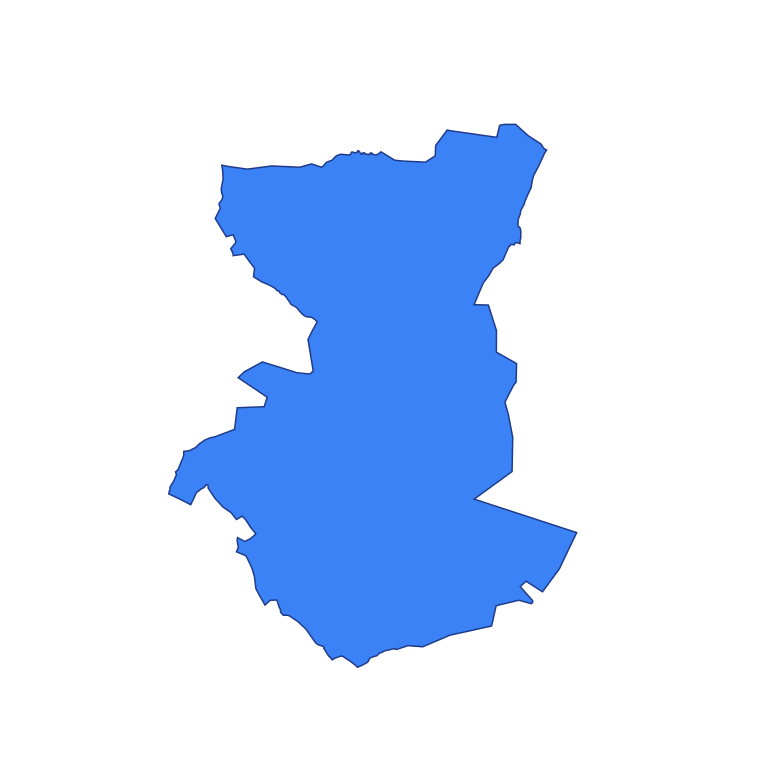 Fika, Yobe, Nigeria (Albers equal-area conic projection), rotated 247°
{"feature_id": "59680162B28106531466158", "entity_name": "Fika", "entity_type": "district", "adm_level": 2, "iso_a3": "NGA", "parent_name": "Nigeria", "parent_adm1": "Yobe", "projection": "albers", "projection_center": [11.32, 11.337], "detail": "fine", "context": "isolated", "style": "filled", "palette": "blue", "viewbox_px": 768, "rotation_deg": 247, "n_neighbors": 0, "source": "geoboundaries", "source_scale": "gbopen_adm2", "svg_char_len": 4239}
<svg xmlns="http://www.w3.org/2000/svg" viewBox="0 0 768 768"><g transform="rotate(247 384 384)"><path d="M366.9,142.9L357.9,151.0L348.4,158.9L353.3,164.5L356.7,168.2L357.8,170.1L357.8,171.3L358.9,174.8L358.9,177.0L359.4,177.9L359.4,178.9L360.3,179.8L360.6,180.9L359.9,182.5L356.7,181.5L349.8,182.8L344.8,183.7L340.4,185.3L338.6,186.0L336.2,186.8L334.2,187.4L332.2,188.6L325.2,193.0L316.9,195.3L317.8,201.8L313.3,203.6L304.5,205.1L296.3,207.5L295.1,204.7L293.8,200.2L293.5,194.3L299.8,189.2L297.7,187.8L293.7,186.7L290.7,186.2L289.7,185.2L287.2,182.6L279.7,189.9L265.9,190.5L257.5,189.5L245.5,186.1L239.5,186.6L227.0,188.1L229.4,194.8L227.0,201.0L222.7,200.6L220.1,200.4L218.6,200.3L218.0,200.6L217.4,200.6L214.4,199.7L213.6,199.8L213.1,200.0L212.0,200.6L210.6,200.8L208.6,205.2L206.6,207.0L198.8,212.0L189.0,216.3L172.2,220.0L169.5,221.7L165.9,225.9L164.1,225.3L157.2,226.4L155.0,226.9L153.3,227.7L150.3,228.5L150.8,231.7L150.5,237.2L149.8,239.4L146.6,241.5L144.5,242.9L141.5,245.0L139.7,245.8L136.6,247.7L133.7,248.9L133.5,250.6L133.7,253.2L133.7,254.2L134.0,257.7L134.4,260.4L137.4,264.3L136.7,271.3L138.1,275.0L137.7,277.5L138.1,280.2L137.4,284.3L137.2,285.3L136.5,289.6L135.8,290.4L134.8,291.7L134.3,297.5L134.0,301.5L133.8,303.8L130.6,309.9L129.4,312.4L128.1,314.8L127.0,316.9L127.0,341.0L127.0,346.7L119.2,388.5L136.1,400.6L135.1,406.8L132.3,423.6L124.2,433.8L124.8,435.4L125.6,435.9L126.8,436.1L144.3,430.2L146.9,437.7L130.8,448.7L145.2,473.0L160.6,490.4L171.9,503.3L242.8,422.0L253.4,467.7L284.5,481.6L307.6,486.6L320.0,488.2L332.1,502.6L334.1,506.3L351.0,514.0L369.4,499.9L389.3,508.4L414.6,510.8L415.9,510.9L421.8,497.9L438.2,514.8L442.9,523.1L448.0,529.6L449.7,536.6L451.8,542.2L455.5,546.0L458.2,548.9L461.6,552.4L461.8,554.0L462.5,554.8L462.9,555.3L462.7,555.8L461.2,558.3L462.3,559.1L462.4,559.7L462.6,560.1L462.4,560.8L462.4,561.6L462.0,561.8L461.5,562.3L461.1,563.0L460.3,563.7L460.1,564.1L462.9,565.3L465.2,567.1L468.9,568.6L471.6,569.8L474.6,570.2L474.9,570.3L477.2,569.0L481.5,571.1L483.2,572.0L486.7,575.4L490.4,577.8L494.2,582.7L496.8,584.9L501.8,590.0L507.2,596.1L513.5,600.1L517.4,603.1L520.1,606.5L523.6,610.8L533.7,622.0L535.8,625.1L538.5,623.1L543.3,622.4L550.5,617.6L556.5,613.6L571.6,606.6L576.1,595.7L576.9,591.5L567.0,584.2L591.4,543.7L593.1,541.5L583.4,524.8L574.0,520.3L572.0,508.9L581.7,488.8L585.7,481.5L585.8,481.3L597.6,472.9L597.8,472.7L598.9,471.9L598.2,469.6L597.8,466.5L598.1,465.6L599.8,463.8L600.5,462.7L600.7,462.1L600.9,462.0L601.2,462.2L601.2,462.8L601.2,463.0L601.4,463.0L601.6,462.9L601.6,462.5L601.8,462.0L601.7,460.8L601.5,460.2L601.1,460.0L600.9,459.7L601.0,459.2L601.5,458.6L602.2,458.1L602.4,457.8L602.5,457.4L602.8,457.2L603.2,457.1L603.4,457.0L603.4,456.7L603.5,456.5L603.9,456.5L604.1,456.4L604.3,456.0L604.6,455.9L604.7,455.6L604.6,455.4L604.2,455.5L604.1,455.4L604.3,455.0L604.9,454.8L605.0,454.5L604.8,454.2L605.0,453.9L604.9,453.7L604.3,453.7L604.2,453.6L604.3,453.2L604.6,452.8L605.6,452.3L607.0,452.3L607.8,452.0L608.7,451.8L608.8,450.7L607.6,449.7L608.1,448.2L608.5,446.9L609.6,446.0L610.1,445.2L609.9,444.4L608.3,442.8L608.9,440.4L612.4,434.0L612.7,429.3L611.7,426.7L610.3,423.7L610.5,420.0L610.5,417.5L607.7,411.6L614.9,403.2L616.5,391.0L628.6,365.8L635.2,342.1L645.3,325.3L648.8,320.2L642.9,318.7L635.4,315.9L627.1,310.3L623.0,309.2L619.8,309.0L617.0,306.9L614.8,303.0L613.6,302.3L609.8,302.0L602.3,293.3L581.2,296.4L580.4,303.4L573.4,303.4L572.0,302.7L568.4,295.8L567.8,295.8L563.7,296.0L562.4,295.9L561.1,295.3L558.2,306.0L549.2,308.0L541.2,310.1L533.7,305.8L526.0,311.2L519.3,317.6L515.9,320.2L513.6,321.5L512.2,321.8L511.2,322.8L510.3,323.7L508.5,323.8L507.8,324.4L506.3,324.9L505.5,326.7L502.7,327.8L493.5,329.6L489.7,332.6L487.9,333.7L486.1,334.1L481.0,335.8L478.7,336.9L476.7,338.4L475.3,340.4L473.9,343.2L470.5,345.6L467.2,346.7L461.6,339.5L454.6,331.4L444.1,328.9L430.5,325.6L423.6,323.9L422.2,319.6L428.3,308.4L451.8,280.7L449.9,260.5L446.8,252.2L417.5,271.3L409.9,264.8L419.5,239.6L400.6,228.7L401.5,207.9L402.4,202.7L402.4,200.7L402.4,197.0L401.1,190.8L399.1,185.5L398.7,178.7L400.2,173.4L396.1,171.5L385.6,160.9L384.6,157.8L381.5,157.4L377.1,152.8L372.7,146.7L370.7,145.9L369.4,144.6L366.9,142.9Z" fill="#3b82f6" stroke="#1e3a8a" stroke-width="1.5"/></g></svg>